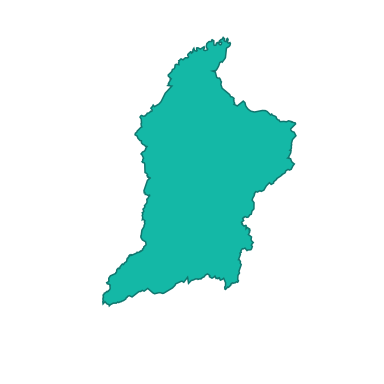 the district of Ban Phai, Khon Kaen, Thailand, rotated 38°
{"feature_id": "78962969B94804173540962", "entity_name": "Ban Phai", "entity_type": "district", "adm_level": 2, "iso_a3": "THA", "parent_name": "Thailand", "parent_adm1": "Khon Kaen", "projection": "equal_earth", "projection_center": [102.783, 16.032], "detail": "fine", "context": "isolated", "style": "filled", "palette": "teal", "viewbox_px": 384, "rotation_deg": 38, "n_neighbors": 0, "source": "geoboundaries", "source_scale": "gbopen_adm2", "svg_char_len": 6024}
<svg xmlns="http://www.w3.org/2000/svg" viewBox="0 0 384 384"><g transform="rotate(38 192 192)"><path d="M129.9,50.9L129.2,52.2L128.2,52.3L127.4,51.5L126.7,49.7L125.4,49.1L125.2,49.6L126.2,52.6L124.5,53.1L123.9,52.8L123.5,51.3L121.4,51.0L121.7,53.0L120.9,54.2L120.6,56.4L121.4,57.3L122.6,56.0L123.3,55.9L124.2,57.8L123.7,58.8L122.5,58.5L121.3,58.9L120.6,58.2L120.1,58.4L119.6,59.6L120.4,61.7L119.2,62.7L118.2,62.1L116.1,59.4L114.1,59.6L114.0,60.2L114.8,60.6L114.9,61.2L112.8,63.0L112.3,65.8L113.5,68.4L114.9,69.4L116.4,69.7L116.6,70.5L115.4,72.4L114.1,73.0L113.4,72.5L113.1,70.8L112.1,70.1L110.6,74.2L107.9,74.7L107.0,75.6L107.9,76.9L109.0,77.4L108.9,78.2L106.9,79.0L105.0,77.6L105.1,79.1L106.5,81.5L106.0,82.9L105.0,82.1L104.5,82.4L104.0,86.1L104.6,87.0L106.0,87.5L106.2,88.2L105.9,89.0L104.1,90.3L103.5,93.4L101.5,93.8L101.2,94.3L101.1,96.4L100.8,96.7L101.6,97.3L101.8,98.4L103.3,99.7L100.9,101.1L100.5,102.3L101.9,104.6L102.0,106.2L101.1,107.5L101.9,109.5L101.2,114.5L102.1,115.3L104.7,115.4L105.2,116.3L105.9,115.8L106.6,121.0L107.4,121.1L107.3,123.0L110.9,120.9L110.1,130.6L112.0,139.8L111.8,143.0L109.9,147.8L107.9,147.4L108.3,149.6L108.0,149.9L108.0,151.3L109.9,151.7L110.6,152.6L110.2,153.7L109.8,153.7L109.4,156.2L108.2,157.5L108.5,159.0L108.0,160.5L108.2,161.1L106.9,162.3L105.1,162.7L104.8,163.4L104.9,165.0L107.1,165.8L109.8,168.8L109.7,169.3L110.6,170.4L112.4,171.7L111.9,172.6L111.3,177.8L111.7,178.9L111.2,180.5L111.9,182.0L114.4,181.7L116.2,182.9L119.4,183.5L120.6,182.8L121.9,184.4L123.8,184.7L126.1,184.3L127.2,184.7L128.5,183.9L128.7,186.3L129.1,186.7L129.4,188.9L128.4,191.0L128.4,193.4L129.7,193.5L133.0,195.2L133.1,196.5L134.1,198.0L133.9,198.8L134.9,199.1L136.5,198.4L137.6,199.1L143.0,205.6L144.8,205.3L146.5,205.8L146.4,206.7L147.1,207.1L148.1,206.9L148.1,207.5L148.9,207.4L149.0,207.0L149.5,207.0L149.7,207.5L150.6,206.1L149.7,210.2L153.3,220.5L154.8,222.0L155.2,221.5L156.7,222.7L157.5,222.1L159.7,221.7L160.4,220.6L161.0,221.1L160.8,222.2L161.2,224.7L160.8,225.5L162.3,227.0L163.1,228.5L163.0,232.1L164.0,232.6L164.2,234.1L163.9,235.7L165.9,236.9L166.0,237.8L165.5,238.9L166.9,239.7L167.2,241.2L168.7,242.2L169.9,244.4L170.2,243.5L172.7,243.7L172.9,244.9L174.3,245.9L174.8,247.9L175.5,248.7L176.0,252.9L178.7,257.5L178.7,258.1L179.8,259.3L182.4,260.3L186.1,259.8L188.3,261.8L187.8,265.0L188.4,265.8L188.2,267.6L188.8,268.0L188.2,270.4L187.7,270.3L187.4,272.2L185.8,273.4L186.1,273.9L183.4,279.0L183.0,278.7L182.5,279.7L182.1,279.6L182.2,280.5L181.7,280.3L181.6,281.0L182.2,281.3L181.9,282.9L182.2,283.0L182.2,284.2L181.9,284.4L183.2,287.1L182.5,289.3L182.6,291.4L181.5,291.6L181.4,292.1L181.4,295.4L182.1,296.8L181.6,297.5L180.8,297.4L180.6,298.8L180.7,299.7L181.8,301.6L181.6,302.6L182.0,303.2L179.3,308.3L179.5,311.2L181.5,313.7L180.6,316.0L181.8,316.5L183.5,315.7L184.9,315.8L185.0,316.4L186.9,318.3L187.3,320.0L186.9,321.2L187.2,321.7L186.7,322.8L186.2,322.7L185.7,325.1L185.2,325.7L185.6,326.9L185.4,328.0L186.4,328.8L186.7,329.6L187.2,329.7L187.5,331.0L188.6,332.1L188.9,332.0L189.2,333.3L190.8,334.9L191.0,332.0L193.7,332.5L196.1,331.9L196.9,332.6L197.1,330.9L198.4,328.1L200.8,326.1L201.2,324.5L202.4,324.2L202.7,323.1L203.6,322.3L204.0,321.1L204.9,319.7L205.7,317.0L205.3,316.2L205.7,314.9L205.5,314.0L206.4,312.3L209.4,311.6L211.5,303.1L212.8,302.0L213.4,300.1L215.3,299.6L216.5,295.2L223.3,295.6L225.2,295.2L227.9,291.7L229.3,290.7L231.3,290.0L232.0,289.2L235.7,279.6L236.1,276.1L235.7,274.4L238.5,269.0L239.2,268.4L241.1,268.2L241.0,261.9L245.5,266.1L245.9,262.2L247.2,260.5L248.4,258.2L250.3,256.9L250.6,257.1L251.9,255.2L252.6,255.1L252.9,253.0L253.8,251.4L253.7,249.3L254.6,247.0L257.5,246.9L257.9,248.0L260.8,247.6L261.8,245.3L261.9,244.2L264.2,245.3L264.6,244.5L265.4,244.6L266.0,243.1L266.5,243.4L266.6,242.9L268.6,244.0L269.5,242.6L270.1,240.5L274.3,242.8L276.3,245.5L276.2,246.3L276.5,247.1L277.2,247.5L277.5,248.2L278.4,248.1L278.7,244.8L279.3,244.8L279.8,243.2L279.6,242.6L279.9,241.5L279.3,240.8L279.8,239.9L279.5,239.6L280.0,238.5L280.6,238.5L282.1,236.7L282.3,235.4L283.5,235.0L283.3,233.4L281.9,232.8L279.5,229.4L279.3,226.6L277.8,225.6L275.5,218.9L273.9,218.4L272.9,216.9L270.9,216.3L270.3,216.7L268.6,211.4L267.4,210.7L267.9,209.2L266.7,208.3L266.6,205.6L267.6,205.1L268.3,203.6L271.4,204.3L271.6,203.4L273.9,201.3L273.9,200.2L273.1,197.8L271.5,197.4L271.5,196.6L271.2,196.2L271.4,194.1L268.9,193.8L267.7,193.0L266.6,190.8L262.6,190.8L262.0,187.8L261.1,187.6L261.2,186.3L259.9,186.2L259.9,185.7L257.3,186.0L257.2,187.6L255.3,185.1L254.7,185.4L254.0,186.8L251.5,186.6L251.1,186.5L251.2,186.0L249.6,185.4L250.3,182.7L248.3,181.8L248.3,180.4L248.6,180.4L248.9,178.7L250.9,178.2L251.8,177.0L251.6,174.4L252.4,173.0L251.0,170.2L251.2,167.2L247.4,162.2L244.4,161.4L243.6,159.3L243.3,156.9L242.6,155.1L242.2,155.1L242.0,152.4L243.6,151.8L244.7,149.2L246.2,148.9L247.5,146.3L246.8,141.5L247.3,137.0L249.7,137.3L250.8,134.8L250.1,133.5L250.9,130.1L250.5,129.3L252.0,124.9L252.4,123.4L252.1,123.1L253.5,119.7L253.3,118.5L252.9,118.0L253.0,117.2L253.8,115.1L255.3,114.7L256.2,113.0L255.4,109.2L255.4,106.9L252.7,106.9L251.2,106.4L249.2,105.1L246.5,106.3L246.9,104.8L246.5,104.6L245.7,100.5L244.5,98.3L243.5,98.7L243.7,97.4L243.3,96.2L241.6,94.2L241.6,93.5L240.5,92.6L238.9,88.8L239.3,83.7L235.7,82.0L233.5,82.7L231.6,82.3L230.9,81.5L231.7,74.6L230.9,74.0L227.5,75.5L227.4,75.1L224.3,76.4L223.2,78.5L220.8,79.9L218.3,82.2L217.5,82.3L216.4,81.7L215.7,82.2L213.3,82.1L212.3,81.1L211.0,81.1L207.9,82.0L206.8,81.5L206.4,82.9L201.7,82.3L199.7,82.7L197.3,84.4L192.0,90.5L188.5,92.1L185.3,92.2L182.8,91.6L181.2,91.0L178.7,89.0L176.4,88.8L174.7,96.3L171.0,97.0L171.0,95.8L168.7,94.6L168.6,93.9L167.7,93.4L167.7,92.6L167.1,92.3L165.1,92.4L163.7,93.1L161.6,92.0L151.9,91.7L148.4,89.4L147.4,87.1L146.6,87.0L145.2,85.9L143.5,85.3L142.4,86.3L140.9,86.5L136.5,83.1L133.8,84.0L136.0,81.5L136.0,79.6L135.4,76.2L134.2,72.9L135.0,71.1L135.9,71.1L135.8,66.5L135.6,65.5L130.8,57.8L130.7,56.8L131.5,55.0L131.7,53.3L130.9,51.4L129.9,50.9Z" fill="#14b8a6" stroke="#0f766e" stroke-width="1.5"/></g></svg>